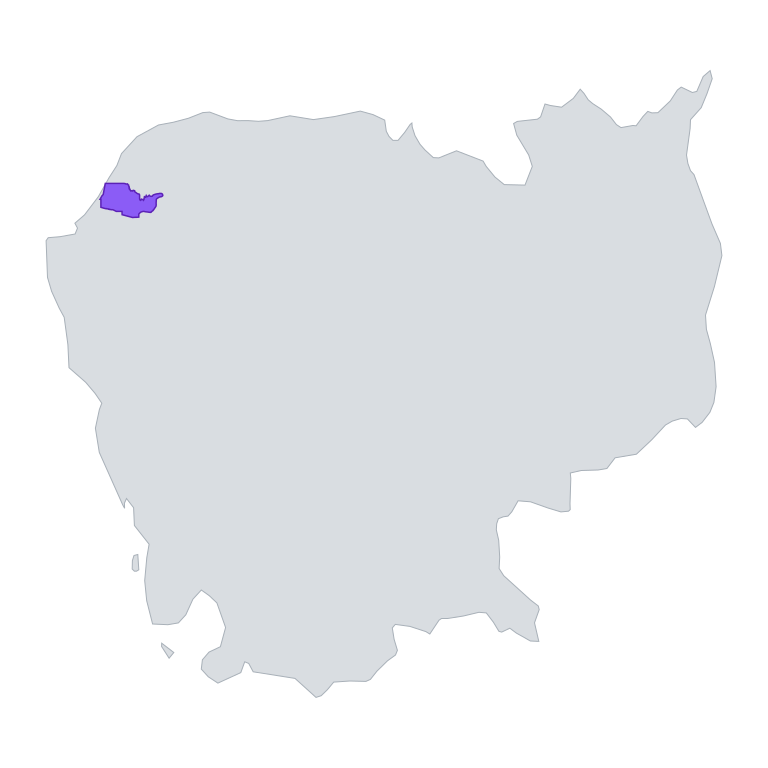 location of Svay Chek, Bântéay Méanchey, Cambodia
{"feature_id": "14789045B19114929433175", "entity_name": "Svay Chek", "entity_type": "district", "adm_level": 2, "iso_a3": "KHM", "parent_name": "Cambodia", "parent_adm1": "Bântéay Méanchey", "projection": "robinson", "projection_center": [103.023, 13.816], "detail": "fine", "context": "in_parent", "style": "filled", "palette": "violet", "viewbox_px": 768, "rotation_deg": 0, "n_neighbors": 0, "source": "geoboundaries", "source_scale": "gbopen_adm2", "svg_char_len": 6260}
<svg xmlns="http://www.w3.org/2000/svg" viewBox="0 0 768 768"><path d="M710.1,70.6L712.2,78.7L706.9,93.9L701.2,107.7L690.5,119.7L690.1,128.6L686.5,155.1L687.9,163.5L690.5,170.7L694.0,174.6L703.4,200.5L712.0,224.0L720.4,243.4L721.9,255.6L714.4,286.6L705.5,315.1L706.4,329.3L710.3,343.5L714.5,362.4L716.1,386.7L713.9,402.4L709.9,412.3L702.2,422.3L695.5,427.4L687.4,418.9L680.9,418.5L672.3,421.1L665.5,425.0L651.7,439.8L636.4,454.2L615.1,457.8L606.9,468.5L598.1,470.0L581.2,470.5L570.3,473.0L570.8,478.4L570.0,503.7L570.2,509.6L568.5,511.2L560.9,511.9L548.0,508.0L530.5,501.8L518.1,500.8L511.8,511.8L508.0,516.1L503.3,516.8L498.4,518.7L496.7,523.7L496.3,529.8L498.7,540.3L499.7,557.1L499.1,568.5L503.7,575.7L530.4,599.9L538.3,606.0L539.2,609.6L534.5,622.8L538.8,641.4L530.4,641.0L516.4,633.1L509.8,628.2L501.7,632.1L498.9,631.3L493.4,622.2L486.3,612.9L478.9,612.3L463.4,616.0L447.5,618.5L441.5,618.5L439.0,620.2L429.8,634.0L425.9,631.6L409.9,626.4L395.3,624.4L392.3,627.9L394.1,639.3L397.4,650.3L395.5,655.0L387.5,660.8L376.9,671.2L370.4,679.4L365.9,681.4L349.8,681.0L333.7,682.1L327.3,689.8L321.2,695.7L316.0,697.4L295.0,678.4L253.2,671.8L248.7,663.4L244.7,661.8L240.8,672.6L217.9,683.1L208.3,676.8L201.3,669.1L202.4,659.8L209.0,652.1L220.4,646.7L225.6,627.5L216.9,602.9L209.3,595.7L201.3,590.0L192.9,599.2L185.8,614.8L178.4,622.9L167.9,624.7L152.6,624.0L146.7,600.7L144.7,580.6L146.8,557.7L149.1,544.2L134.4,525.5L133.6,507.7L126.5,498.5L124.4,503.2L124.6,508.3L122.6,504.6L99.3,452.4L95.4,428.2L99.4,409.5L101.8,403.2L95.1,393.4L85.7,382.3L69.0,367.7L67.9,344.6L64.2,317.3L59.2,308.1L51.6,291.3L47.5,277.4L46.1,240.7L48.2,237.7L60.0,236.7L75.1,234.0L77.5,228.1L74.9,223.2L84.5,214.9L98.4,196.6L109.1,177.6L116.9,165.5L121.5,153.6L137.0,136.7L158.5,125.0L173.1,122.3L188.3,118.3L202.8,112.6L209.7,112.1L227.8,118.9L237.6,120.7L247.8,120.6L258.5,121.3L267.7,120.6L289.9,115.8L313.4,119.6L334.3,116.6L360.3,111.1L373.0,114.6L384.7,120.1L386.3,131.3L389.0,136.4L392.9,140.4L398.0,140.4L404.6,132.5L410.1,124.5L411.9,123.0L412.2,127.0L415.0,135.7L420.0,144.3L425.0,150.0L433.3,157.6L438.8,157.9L456.5,150.8L483.1,161.1L486.2,166.4L494.9,177.0L504.2,184.6L525.0,185.1L532.3,166.4L528.7,155.0L516.8,135.2L513.6,123.5L517.3,121.4L537.4,119.2L540.6,116.9L545.0,104.0L550.4,105.5L561.6,107.2L573.3,98.4L580.2,89.2L584.0,93.4L588.2,99.8L592.7,103.6L601.2,109.1L610.5,117.0L616.4,124.6L621.0,127.6L632.9,125.5L636.1,125.8L643.0,116.5L647.8,111.4L651.9,112.9L657.9,112.7L670.3,100.9L677.4,90.0L681.2,87.1L692.4,92.5L696.8,91.4L703.2,76.5L710.1,70.6ZM138.8,569.8L136.5,571.2L134.4,571.2L132.2,569.0L132.4,560.6L134.0,555.5L137.8,554.5L138.8,569.8ZM173.8,652.5L169.1,658.2L161.6,646.5L161.7,643.2L173.8,652.5Z" fill="#d9dde1" stroke="#a8b0b8" stroke-width="1"/><path d="M161.4,193.5L161.0,193.4L160.2,193.4L159.6,193.4L159.0,193.6L158.5,193.7L158.0,193.7L157.5,193.8L156.8,193.9L156.1,194.0L155.5,194.2L154.9,194.4L154.4,194.5L154.0,194.7L153.6,194.8L153.4,195.0L153.1,195.1L152.8,195.4L152.6,195.6L152.4,196.1L152.2,196.2L151.8,196.3L151.3,196.3L150.6,196.3L150.2,196.2L149.8,195.9L149.4,195.4L149.2,195.2L148.9,195.5L148.5,195.9L148.0,196.3L147.6,196.6L147.2,196.6L146.9,196.4L146.7,196.3L146.5,196.0L146.4,196.0L146.3,195.8L146.2,195.6L146.0,196.1L145.9,196.6L145.8,197.1L145.7,197.3L145.4,197.3L145.1,197.2L144.9,197.1L144.7,196.9L144.4,196.7L144.3,196.9L144.3,197.1L144.3,197.5L144.3,197.8L144.2,198.0L144.1,198.4L144.1,198.8L144.0,199.3L143.9,199.5L143.8,199.4L143.7,199.4L143.4,199.4L143.2,199.6L143.2,199.9L142.9,199.6L142.6,199.6L142.2,199.5L141.8,199.2L141.4,199.1L141.2,199.6L140.9,199.9L140.8,200.2L140.7,200.3L140.6,200.2L140.4,200.1L140.2,200.0L139.9,199.9L139.8,199.6L139.7,199.3L139.6,198.7L139.6,198.2L139.6,197.6L139.6,197.0L139.6,196.3L139.6,195.7L139.6,195.3L139.5,194.8L139.4,194.4L139.2,194.1L138.8,194.0L138.2,193.9L137.7,193.7L137.3,193.5L136.9,193.3L136.5,193.0L136.1,192.6L135.9,192.5L135.5,192.3L135.2,192.1L134.8,191.7L134.8,191.4L134.7,191.3L134.7,191.1L134.7,190.8L134.6,190.7L134.4,190.6L134.2,190.6L133.8,190.5L133.6,190.4L133.4,190.5L133.1,190.4L132.9,190.5L132.8,190.9L132.7,191.0L132.2,191.0L132.0,190.9L131.6,190.8L131.3,190.7L131.0,190.8L130.9,190.9L130.7,190.9L130.6,190.7L130.4,190.4L130.3,190.2L130.2,190.0L130.1,189.9L130.1,189.7L129.9,189.6L129.7,189.5L129.6,189.3L129.6,189.2L129.4,189.0L129.4,188.9L129.5,188.8L129.6,188.7L129.4,188.5L129.2,188.5L129.2,188.4L129.2,188.2L129.2,187.9L129.3,187.7L129.3,187.4L129.2,187.3L129.2,187.2L129.2,186.9L128.9,186.8L128.9,186.7L128.9,186.4L128.8,186.2L128.7,185.9L128.6,185.7L128.5,185.4L128.6,185.2L128.4,185.1L128.3,184.9L128.2,184.8L128.1,184.7L127.8,184.5L127.6,184.2L127.5,183.9L127.3,183.9L126.8,184.0L126.4,184.0L126.0,184.0L125.6,183.8L125.1,183.6L124.7,183.5L124.1,183.5L123.6,183.4L123.0,183.4L122.6,183.4L121.8,183.4L113.0,183.4L110.0,183.4L105.3,183.4L103.2,194.5L101.9,195.9L101.1,197.4L100.6,198.2L100.6,198.3L100.0,199.3L100.9,199.4L100.9,207.3L104.5,208.4L104.8,208.4L105.1,208.5L105.3,208.6L105.6,208.6L105.9,208.7L106.2,208.8L106.4,208.8L106.7,208.6L106.9,208.7L107.2,208.8L107.5,208.9L107.8,208.9L108.2,208.9L108.4,209.1L108.5,209.2L108.8,209.1L109.1,209.1L109.2,209.3L109.3,209.3L109.5,209.4L109.7,209.5L110.0,209.5L110.4,209.5L110.6,209.6L110.8,209.6L111.1,209.7L111.3,209.7L111.6,209.7L111.8,209.7L112.0,209.7L112.3,209.7L112.6,209.7L113.1,209.8L116.3,211.4L122.0,211.4L122.1,214.7L132.6,217.5L135.0,217.3L136.6,217.3L138.8,217.1L138.8,214.1L139.4,213.4L140.1,212.7L140.7,212.2L141.2,212.0L141.7,211.8L142.4,211.6L142.9,211.5L143.2,211.4L143.3,211.4L143.8,211.4L144.4,211.5L145.0,211.7L145.9,211.8L146.7,211.9L147.5,212.0L148.2,212.1L148.8,212.2L149.5,212.3L150.2,212.4L150.7,212.4L151.0,212.3L151.0,212.2L151.2,211.9L151.3,211.9L152.5,210.9L152.9,210.7L153.0,210.5L153.2,210.3L153.2,210.2L153.3,210.2L153.6,209.8L153.7,209.6L154.1,209.1L154.5,208.5L154.5,208.4L154.7,208.1L155.2,207.5L156.0,206.2L156.1,205.5L156.2,204.8L156.1,203.1L156.2,201.8L156.3,199.4L156.5,199.0L157.0,198.6L157.8,198.0L158.7,197.5L159.3,197.1L159.5,197.0L159.9,196.9L160.3,196.9L160.8,196.8L161.3,196.7L161.6,196.6L162.1,196.3L162.5,196.0L162.8,195.6L162.7,195.1L162.6,194.5L162.4,194.1L162.2,193.9L161.9,193.7L161.5,193.5L161.4,193.5Z" fill="#8b5cf6" stroke="#5b21b6" stroke-width="1.5"/></svg>